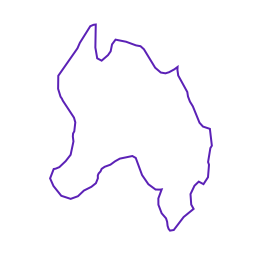 outline of Qazvin, rotated 265°
{"feature_id": "IRN-3235", "entity_name": "Qazvin", "entity_type": "Province", "adm_level": 1, "iso_a3": "IRN", "parent_name": "Iran", "parent_adm1": "", "projection": "natural_earth1", "projection_center": [49.608, 36.125], "detail": "fine", "context": "isolated", "style": "outline", "palette": "violet", "viewbox_px": 256, "rotation_deg": 265, "n_neighbors": 0, "source": "natural_earth", "source_scale": "10m", "svg_char_len": 1202}
<svg xmlns="http://www.w3.org/2000/svg" viewBox="0 0 256 256"><g transform="rotate(265 128 128)"><path d="M84.6,46.0L93.6,50.4L93.8,52.4L95.0,56.2L100.4,63.0L106.3,68.5L119.4,72.5L124.3,72.3L127.3,72.8L129.4,74.2L138.2,76.0L143.0,75.1L161.0,65.4L163.0,64.7L165.1,63.5L173.1,61.8L186.1,63.1L211.8,84.6L217.1,87.5L232.7,99.3L233.8,102.6L233.9,104.9L211.0,102.5L200.1,103.4L197.4,107.6L202.3,114.4L205.9,117.4L212.7,119.4L217.1,123.3L214.1,133.6L209.6,143.2L208.4,147.6L205.1,150.7L185.7,160.3L180.4,165.5L179.2,170.1L180.0,173.8L182.4,179.3L184.5,182.7L181.7,182.3L175.9,182.6L158.7,190.2L154.2,190.5L148.9,192.0L143.9,194.5L127.0,199.7L122.9,202.8L120.0,209.5L103.1,210.0L100.8,208.3L87.1,204.8L84.4,205.5L72.0,203.4L65.5,198.3L68.4,193.8L64.7,189.2L56.7,184.5L46.2,184.3L41.7,186.3L34.5,175.7L22.4,164.7L22.1,160.9L24.1,159.6L27.1,158.9L31.2,158.8L34.7,158.0L40.1,154.1L48.9,151.6L55.2,152.1L63.9,156.2L63.8,154.8L64.3,150.1L70.2,143.4L79.9,137.9L97.5,133.1L99.7,129.9L98.2,117.2L96.0,112.3L93.0,107.3L91.4,101.4L89.6,98.2L87.1,96.8L85.3,94.8L83.4,93.8L80.5,93.6L75.8,91.2L72.6,86.4L69.5,78.6L64.4,72.2L62.4,64.7L66.3,55.6L76.7,48.7L84.6,46.0Z" fill="none" stroke="#5b21b6" stroke-width="2"/></g></svg>